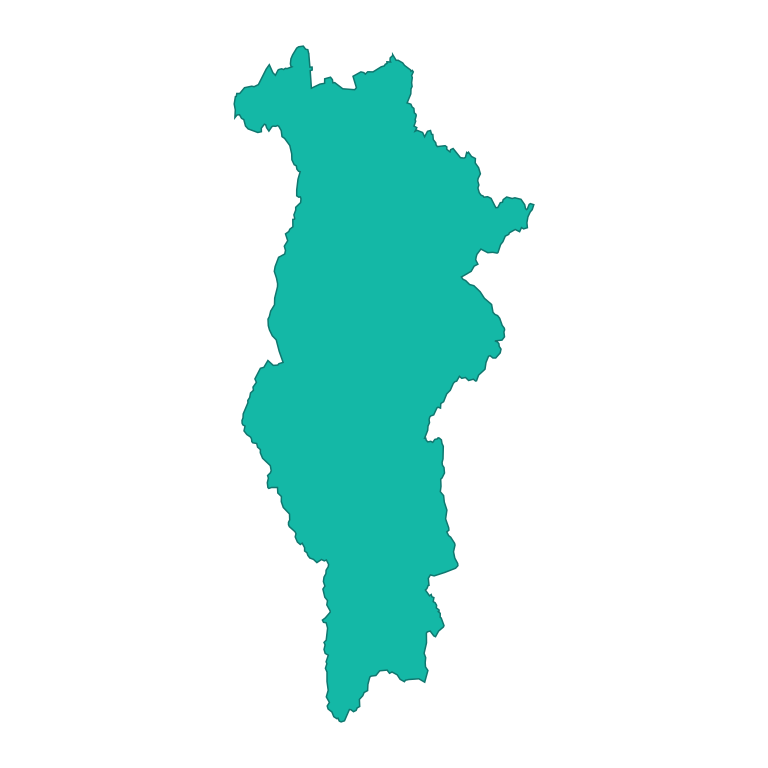 outline of Sigi, Sulawesi Tengah, Indonesia
{"feature_id": "22746128B27078250924142", "entity_name": "Sigi", "entity_type": "district", "adm_level": 2, "iso_a3": "IDN", "parent_name": "Indonesia", "parent_adm1": "Sulawesi Tengah", "projection": "equal_earth", "projection_center": [119.97, -1.462], "detail": "fine", "context": "isolated", "style": "filled", "palette": "teal", "viewbox_px": 768, "rotation_deg": 0, "n_neighbors": 0, "source": "geoboundaries", "source_scale": "gbopen_adm2", "svg_char_len": 6044}
<svg xmlns="http://www.w3.org/2000/svg" viewBox="0 0 768 768"><path d="M254.9,378.9L256.4,382.3L253.0,387.1L253.4,390.3L250.5,393.0L249.7,397.5L247.8,400.4L247.9,402.8L243.2,413.9L243.0,417.9L242.0,420.4L242.1,423.2L242.9,424.9L245.0,426.1L244.0,430.9L246.8,434.5L250.5,437.0L251.5,438.9L251.8,441.6L252.8,442.8L256.7,443.5L257.6,447.2L260.4,449.6L260.3,452.8L262.6,458.3L270.3,465.6L271.2,470.7L270.3,472.9L267.6,475.5L268.4,478.1L267.3,482.7L267.9,487.5L268.8,488.4L271.5,487.5L277.5,487.5L277.8,493.0L281.4,496.5L281.3,501.7L283.3,507.5L289.5,514.0L289.7,519.9L288.5,522.3L288.5,524.8L289.4,526.7L295.0,531.7L296.0,533.7L295.2,536.9L297.4,542.0L300.3,544.5L302.2,543.2L304.6,547.7L304.6,551.0L306.9,552.7L307.9,555.5L309.8,558.0L313.5,559.4L316.9,562.6L321.5,559.5L324.3,560.9L326.4,560.0L328.6,564.4L328.2,566.8L326.1,570.2L325.9,573.7L324.0,577.1L323.4,581.6L324.9,586.1L322.9,589.1L324.8,597.2L327.5,600.6L326.8,604.9L330.1,610.8L330.2,612.2L325.3,617.9L322.4,620.1L323.5,622.3L326.2,622.8L327.6,628.1L326.2,640.2L324.0,642.4L325.1,644.9L324.0,649.4L325.2,653.4L328.3,655.2L326.1,661.8L326.9,663.7L325.4,668.3L327.0,672.0L327.0,681.5L328.2,690.3L326.3,696.9L329.4,702.4L327.2,706.0L328.1,709.0L331.9,712.0L333.8,716.7L336.9,718.7L338.0,718.2L339.3,721.1L341.1,721.9L344.5,720.8L349.4,709.5L350.9,709.7L353.5,711.7L356.1,710.4L357.2,707.9L359.7,706.5L359.4,699.4L362.8,695.7L364.1,692.5L367.6,690.6L367.9,684.4L369.8,677.1L371.1,676.1L375.9,675.5L379.7,670.8L387.1,670.1L389.5,673.3L392.0,672.0L397.2,674.8L400.1,679.3L404.4,681.7L405.5,680.2L408.8,679.5L418.9,678.8L424.7,682.2L427.9,670.5L425.5,666.9L425.2,662.5L425.7,657.7L424.1,653.3L426.5,642.9L426.4,633.1L427.4,631.8L430.2,631.1L433.8,635.9L435.5,636.7L438.6,631.1L443.4,627.0L444.0,625.6L441.2,618.0L440.2,617.2L440.2,613.3L438.3,611.7L439.1,611.2L439.0,609.9L436.3,607.9L436.6,605.3L435.1,602.7L433.2,601.6L433.9,597.6L431.9,596.8L431.2,594.5L429.5,595.8L425.4,590.0L426.9,588.6L428.2,585.4L429.0,585.3L428.3,578.3L430.4,574.9L434.1,575.9L444.9,572.4L455.6,568.2L457.9,565.7L457.7,563.5L454.8,558.1L453.5,551.8L455.0,545.1L454.6,543.3L450.7,537.2L448.6,535.6L446.8,531.9L448.9,530.2L448.7,527.8L445.6,518.9L446.9,510.1L444.3,502.1L443.6,495.6L440.3,491.7L441.0,486.3L440.7,479.2L442.0,478.0L444.5,473.0L444.0,467.5L442.4,465.1L442.1,462.4L443.0,458.9L443.3,446.3L442.0,443.5L441.4,439.9L439.3,438.1L438.1,437.8L437.3,438.9L434.9,439.4L432.7,442.4L430.8,441.3L427.8,441.9L426.2,440.2L425.7,438.1L424.6,438.2L427.7,430.3L428.0,426.1L429.5,422.7L429.1,419.5L429.7,417.2L430.6,416.0L433.7,414.9L436.9,408.0L438.0,407.2L440.5,408.1L440.8,403.5L443.6,401.7L446.7,393.9L450.3,390.2L453.3,383.4L454.7,381.8L456.7,381.1L459.4,376.3L461.7,378.3L465.5,377.5L468.6,380.5L473.4,379.2L475.5,381.0L476.5,380.8L478.6,375.1L485.0,369.2L486.0,362.5L488.5,356.3L490.1,355.7L492.9,358.0L495.7,358.0L500.2,352.9L501.0,349.1L499.2,346.4L498.9,343.7L497.4,341.9L494.9,340.9L502.0,340.1L504.5,336.8L503.9,331.9L504.6,329.9L504.3,328.2L502.2,325.4L499.7,318.3L497.6,315.6L494.9,314.4L493.0,312.3L491.6,304.5L484.4,298.3L480.2,291.8L473.9,285.7L469.6,284.5L465.7,280.6L463.0,279.3L461.4,277.0L471.2,271.3L474.2,266.1L477.9,264.2L475.7,259.9L476.1,257.3L476.9,254.4L480.9,249.1L487.8,252.7L492.7,252.3L497.1,253.1L498.0,252.5L500.6,244.6L502.9,241.7L505.3,236.1L508.7,234.4L509.4,232.8L515.2,229.5L519.6,231.7L521.5,227.6L523.6,228.9L527.4,227.7L526.9,222.8L527.9,216.9L530.2,212.0L532.2,209.7L533.8,204.7L530.3,203.6L529.1,204.5L527.4,208.9L526.5,209.6L525.5,208.5L524.7,204.7L521.0,199.3L514.9,197.8L512.2,198.5L506.7,197.0L503.2,199.6L502.5,202.2L500.3,202.7L497.8,207.5L495.8,207.7L491.1,198.4L487.6,196.7L484.0,197.2L483.0,195.9L481.1,195.2L479.3,192.8L477.9,188.0L478.9,185.0L477.7,180.9L478.1,178.5L480.4,173.8L478.6,167.7L475.2,162.9L475.4,158.5L471.5,156.5L468.5,152.2L467.8,153.2L466.7,152.4L465.4,157.4L464.1,158.1L460.5,157.7L453.1,148.5L450.6,149.7L450.0,151.9L446.8,149.4L446.8,146.9L445.1,145.7L437.3,146.6L436.0,144.7L435.8,142.9L433.3,139.6L432.8,134.5L431.6,134.3L430.5,130.5L427.5,131.3L424.6,136.8L422.6,132.5L417.0,130.3L415.1,131.2L416.8,127.6L414.0,126.1L415.7,121.1L415.1,119.9L416.2,115.8L416.0,114.3L414.3,112.8L413.9,108.4L412.1,107.0L410.9,104.2L407.1,102.9L410.8,93.9L411.0,88.9L412.1,86.5L411.6,82.7L412.3,77.5L411.6,75.7L413.3,71.9L412.3,70.4L411.0,71.3L410.5,69.9L404.5,65.4L402.7,62.9L398.2,60.3L396.1,60.3L392.7,54.6L392.7,55.5L390.2,57.9L390.0,60.4L390.6,62.0L386.9,61.8L387.0,63.5L385.3,64.2L384.3,65.9L381.2,66.8L373.0,71.9L367.7,71.8L365.3,74.1L363.8,72.6L360.9,71.9L353.0,76.3L356.4,87.7L354.7,89.7L342.8,88.8L334.7,82.6L332.9,82.8L332.4,79.6L330.5,77.2L324.7,78.8L324.6,83.3L320.0,84.1L311.4,88.2L310.2,70.7L312.2,70.0L312.1,67.1L309.9,67.1L308.8,54.0L309.6,54.0L308.8,54.0L307.8,49.7L305.6,49.2L303.3,46.1L298.6,46.8L296.7,48.1L292.6,54.9L290.9,58.9L290.4,63.9L291.0,66.3L291.9,66.8L287.1,68.6L285.4,68.3L283.7,69.5L281.6,68.8L278.9,69.5L278.0,70.1L275.4,75.3L272.9,72.7L269.3,64.7L266.2,69.1L258.4,84.6L254.1,86.7L251.7,86.2L244.5,87.7L239.7,93.5L236.8,93.5L236.3,96.4L235.4,96.6L234.2,104.0L235.3,109.9L234.9,117.7L237.0,115.0L239.5,114.7L241.5,118.3L243.8,119.6L245.5,126.0L248.1,128.9L257.8,132.5L261.4,131.7L261.3,128.2L264.4,124.2L265.7,124.8L266.6,127.7L268.9,131.1L271.8,126.8L273.0,126.1L275.8,126.3L277.4,125.5L278.8,126.3L281.2,130.6L282.0,136.6L284.6,138.4L289.8,145.5L291.7,153.9L291.9,159.8L294.2,164.7L296.3,165.8L296.9,169.2L298.6,171.3L300.2,171.7L298.0,179.2L296.7,190.0L296.7,195.8L298.8,197.2L300.4,196.9L301.0,198.9L300.6,202.6L295.7,207.3L295.7,210.1L293.9,214.9L294.7,218.4L294.5,219.2L292.8,219.4L292.9,226.8L289.8,229.2L288.8,231.5L285.5,233.9L287.7,240.7L284.3,246.2L285.5,250.4L284.7,254.0L278.6,257.3L275.1,266.6L274.3,271.4L276.5,278.1L277.6,283.7L277.5,286.8L274.7,298.1L274.5,304.8L270.7,311.0L269.3,316.7L268.0,319.1L268.3,325.7L269.5,330.0L272.3,335.8L276.2,339.8L279.2,351.3L283.1,362.4L278.9,363.7L277.7,365.1L273.3,365.4L267.9,360.5L263.9,367.3L260.4,368.3L254.9,378.9Z" fill="#14b8a6" stroke="#0f766e" stroke-width="1.5"/></svg>